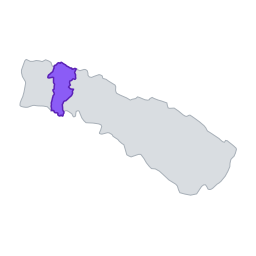 location of Sagarmatha within Nepal, rotated 183°
{"feature_id": "NPL-1133", "entity_name": "Sagarmatha", "entity_type": "Administrative Zone", "adm_level": 1, "iso_a3": "NPL", "parent_name": "Nepal", "parent_adm1": "", "projection": "robinson", "projection_center": [86.603, 27.261], "detail": "fine", "context": "in_parent", "style": "filled", "palette": "violet", "viewbox_px": 256, "rotation_deg": 183, "n_neighbors": 0, "source": "natural_earth", "source_scale": "10m", "svg_char_len": 5220}
<svg xmlns="http://www.w3.org/2000/svg" viewBox="0 0 256 256"><g transform="rotate(183 128 128)"><path d="M235.9,144.0L237.0,144.8L237.1,146.2L236.9,147.8L235.8,151.2L234.8,153.6L233.7,158.6L232.6,167.3L232.8,168.8L236.1,173.8L237.3,177.7L237.4,180.3L236.1,184.7L234.6,189.6L233.8,190.7L233.0,191.1L229.0,189.4L226.3,189.6L223.2,190.6L219.9,190.4L217.2,189.8L213.8,191.8L210.5,190.7L208.4,189.5L207.0,186.1L206.4,185.6L199.5,189.2L197.9,189.5L193.6,187.5L190.1,185.6L188.8,185.0L185.4,184.3L182.3,183.9L179.0,182.7L174.9,184.2L173.3,184.1L171.7,183.0L170.9,180.7L170.7,178.5L169.3,177.0L167.1,176.6L164.1,178.0L159.7,179.8L158.2,179.5L156.9,178.9L156.4,178.5L155.8,176.4L155.1,176.0L154.1,175.9L152.3,175.4L150.0,173.9L143.2,170.2L142.4,168.6L142.4,165.1L142.0,163.6L141.2,162.1L137.7,160.5L131.0,158.0L127.2,156.0L125.4,156.9L121.9,157.8L120.1,159.6L117.9,159.0L112.6,157.1L109.8,156.8L108.1,157.4L107.7,158.5L105.5,159.8L103.4,158.8L99.4,157.5L95.9,156.7L90.5,155.1L89.9,152.6L89.0,150.2L87.7,149.8L82.9,150.3L78.5,147.6L73.8,144.1L71.8,143.0L70.4,142.6L69.3,143.0L68.0,143.8L66.8,144.1L64.2,142.6L60.9,140.5L56.9,137.9L52.2,134.3L50.3,132.2L49.5,130.7L48.5,129.2L44.4,126.9L41.2,125.0L37.3,122.7L36.6,122.3L35.1,121.0L32.9,119.3L31.0,118.8L30.4,119.7L30.0,120.7L28.3,120.5L25.8,118.7L23.2,116.9L21.1,115.3L19.0,113.5L18.6,112.3L19.5,108.3L20.8,105.0L21.8,104.2L23.6,102.0L24.3,98.1L24.3,94.7L26.0,90.0L28.4,85.0L32.4,79.6L34.2,77.9L36.1,76.6L39.8,72.7L40.6,72.0L42.2,71.0L43.8,70.8L44.9,71.2L46.1,73.3L47.6,75.3L49.4,75.2L51.5,73.5L56.0,65.8L62.0,64.2L67.7,65.0L72.8,66.1L74.2,68.7L75.2,71.4L75.8,72.8L77.4,74.4L84.5,78.3L88.6,81.8L94.3,86.5L98.6,88.6L102.4,88.7L104.6,90.6L107.8,94.2L110.5,98.4L113.8,102.3L116.2,102.2L119.4,100.9L123.4,99.3L125.7,100.1L127.8,101.2L128.5,103.2L129.8,107.0L131.2,111.0L133.4,112.3L136.1,114.4L137.5,116.0L142.5,118.9L143.2,120.2L144.2,121.0L145.4,121.5L146.4,122.1L148.0,122.3L153.8,120.5L155.3,120.7L156.2,121.1L156.3,121.7L155.2,124.5L154.3,128.1L155.2,129.8L157.6,130.6L163.0,131.1L170.2,131.1L172.4,132.9L174.6,135.6L176.8,140.2L177.6,142.1L178.7,142.7L180.6,141.9L180.9,140.0L181.0,137.2L182.6,136.2L183.6,136.9L184.8,139.2L187.8,141.1L189.9,142.1L192.0,141.8L192.9,141.0L193.9,137.2L195.5,136.6L197.6,136.8L198.3,137.6L199.2,139.2L201.7,139.9L204.1,140.9L206.5,142.1L209.7,145.0L213.8,145.5L218.5,145.4L220.9,145.5L222.8,145.7L224.4,145.5L229.2,143.5L231.2,143.3L233.6,143.5L235.9,144.0Z" fill="#d9dde1" stroke="#a8b0b8" stroke-width="1"/><path d="M196.8,136.5L197.3,136.5L197.8,136.7L198.3,137.1L198.7,137.4L198.8,137.8L198.7,138.7L198.9,139.2L199.7,139.5L201.6,139.4L202.4,140.0L202.6,140.8L203.0,141.3L203.6,141.6L204.3,141.7L205.1,141.5L205.4,141.4L205.4,141.5L205.4,143.5L205.7,144.9L205.9,145.5L205.9,145.8L205.9,146.0L205.8,146.6L205.7,147.3L205.9,148.7L205.9,149.1L205.9,149.4L205.4,151.3L204.9,154.5L204.7,154.9L204.5,156.2L204.4,156.5L204.1,156.9L203.6,157.5L203.4,158.1L203.7,159.3L204.8,161.2L204.9,161.7L204.9,162.2L204.8,162.4L204.6,162.5L204.4,162.7L204.2,162.8L203.8,163.1L203.8,163.6L203.9,165.0L203.9,165.6L203.7,167.5L203.7,168.0L203.9,168.4L204.4,168.9L204.7,169.3L204.8,169.7L205.0,174.5L206.0,174.7L209.2,173.9L210.1,173.9L210.6,174.1L210.7,174.6L210.6,175.3L210.5,175.5L210.3,176.1L210.3,176.4L210.1,176.7L209.7,177.1L209.0,177.6L207.1,179.6L206.5,179.9L206.1,180.3L205.4,183.0L205.1,183.7L204.9,184.1L205.0,184.4L205.1,184.6L205.1,185.0L205.1,185.3L205.1,185.6L204.9,185.9L204.3,186.5L204.2,186.7L204.2,186.8L203.4,187.0L202.6,187.6L202.3,188.3L201.8,188.9L201.1,189.4L200.4,189.6L200.2,189.5L199.2,189.1L198.9,189.2L198.7,189.5L198.5,189.9L198.2,190.1L197.7,190.0L195.8,188.8L194.0,187.9L193.4,187.6L193.1,187.1L192.7,186.8L192.3,186.5L191.7,186.4L190.9,186.0L189.2,185.1L188.4,184.8L188.2,184.8L187.6,184.9L187.4,184.8L187.2,184.6L187.2,184.2L187.0,183.9L186.5,183.8L186.0,183.9L184.9,184.3L184.3,184.7L184.1,184.8L183.9,184.7L183.7,184.6L183.6,184.4L183.4,184.3L183.0,184.2L182.8,184.2L184.1,181.2L184.2,180.7L184.1,180.3L184.0,180.0L183.5,179.2L183.3,178.9L183.2,178.5L183.1,178.2L183.1,177.8L183.1,176.3L183.0,175.9L182.8,175.2L182.8,174.8L182.9,174.6L183.0,174.4L183.4,173.9L183.6,173.8L183.8,173.8L184.6,174.1L184.9,174.2L185.2,174.2L185.8,174.0L186.6,172.8L187.3,172.3L188.5,171.9L188.6,171.6L188.7,171.2L188.7,170.2L188.5,169.3L188.3,168.5L188.2,168.4L188.0,168.2L187.9,168.1L187.8,167.9L188.6,167.1L189.4,166.1L189.5,165.8L189.5,165.7L189.3,165.5L188.5,165.0L188.4,164.9L188.2,164.6L188.0,164.4L187.8,164.2L187.4,164.1L186.5,163.9L185.0,163.9L184.5,163.8L184.5,163.6L185.2,162.3L185.4,161.8L185.4,161.4L185.4,161.1L185.2,160.4L185.1,160.2L185.1,159.9L185.2,159.7L185.4,159.0L185.9,157.9L186.3,157.2L188.7,154.9L190.1,153.3L190.5,153.0L191.3,152.1L191.5,152.0L191.8,151.9L192.4,151.8L193.0,151.5L193.3,151.3L193.6,150.9L193.9,150.2L194.2,149.3L194.4,148.8L194.6,148.5L194.7,148.3L194.8,147.9L194.7,147.4L194.7,146.8L194.5,145.9L194.3,144.3L194.3,143.4L194.1,142.6L193.4,141.3L192.9,140.8L192.8,140.0L192.8,139.5L193.0,139.1L193.2,138.8L193.4,138.4L193.5,137.9L193.5,137.4L193.6,136.9L193.8,136.6L194.3,136.5L194.6,136.7L195.0,137.1L195.4,137.3L195.8,137.2L196.4,136.6L196.8,136.5Z" fill="#8b5cf6" stroke="#5b21b6" stroke-width="1.5"/></g></svg>